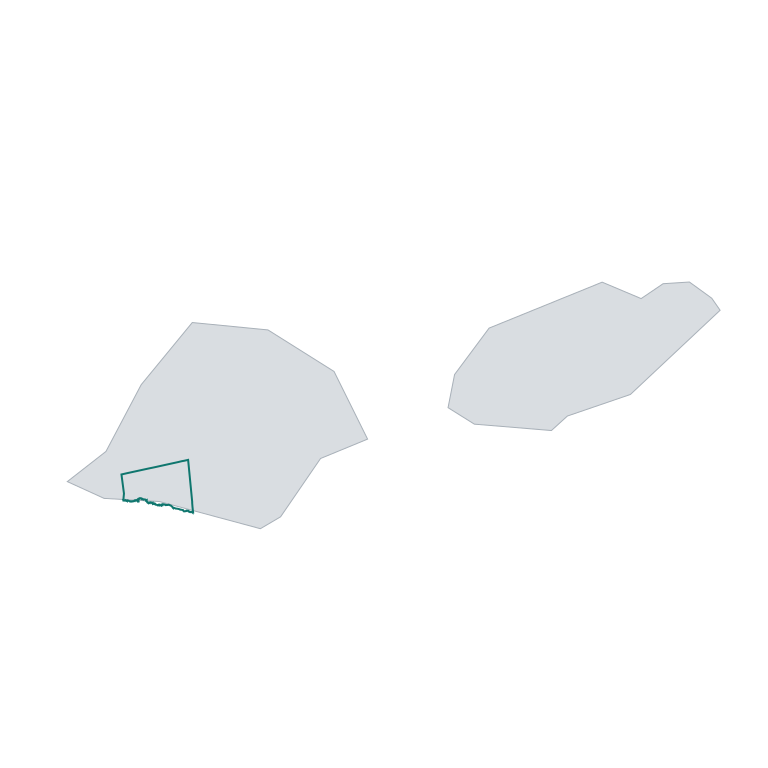 Salega, Satupa'itea, Samoa (highlighted), rotated 317°
{"feature_id": "51752279B51702151911429", "entity_name": "Salega", "entity_type": "district", "adm_level": 2, "iso_a3": "WSM", "parent_name": "Samoa", "parent_adm1": "Satupa'itea", "projection": "equal_earth", "projection_center": [-172.669, -13.632], "detail": "fine", "context": "in_parent", "style": "outline", "palette": "teal", "viewbox_px": 768, "rotation_deg": 317, "n_neighbors": 0, "source": "geoboundaries", "source_scale": "gbopen_adm2", "svg_char_len": 4692}
<svg xmlns="http://www.w3.org/2000/svg" viewBox="0 0 768 768"><g transform="rotate(317 384 384)"><path d="M285.7,208.3L336.0,265.3L356.0,340.8L334.4,413.1L286.8,395.2L217.8,410.6L194.9,405.5L139.6,316.8L101.3,276.8L85.8,239.4L134.7,243.7L206.0,218.9L285.7,208.3ZM680.1,559.3L557.1,559.7L496.3,532.5L474.7,532.2L422.7,475.0L414.7,445.0L442.1,425.2L499.0,414.8L613.0,458.3L630.3,496.9L656.5,501.0L676.9,517.7L682.2,544.8L680.1,559.3Z" fill="#d9dde1" stroke="#a8b0b8" stroke-width="1"/><path d="M130.3,271.1L119.1,286.8L114.1,291.2L113.9,291.5L114.0,291.6L114.1,291.3L114.3,291.5L114.6,291.7L114.8,292.1L114.8,292.3L115.1,292.7L115.4,292.7L115.6,292.9L115.8,293.0L115.9,293.3L115.8,293.6L115.9,293.8L116.0,293.6L116.1,293.9L116.2,294.0L116.4,293.5L116.4,293.8L116.5,293.7L116.7,293.8L116.9,294.1L117.1,294.2L117.4,294.8L117.5,295.0L117.6,295.3L117.9,295.8L118.0,296.1L118.0,296.3L118.3,296.6L118.5,296.7L118.5,296.9L118.8,297.1L118.7,297.2L118.9,297.3L119.1,297.7L119.2,297.9L119.4,298.0L119.6,298.1L120.0,298.2L120.0,298.4L120.3,298.6L120.6,298.5L120.8,298.7L120.9,299.0L121.0,299.1L121.3,299.1L121.5,299.1L121.8,299.3L121.9,299.0L122.0,299.0L122.3,299.1L122.3,299.3L122.5,299.2L122.7,299.3L122.7,299.6L122.9,299.6L123.2,299.7L123.3,300.0L123.6,300.0L123.8,300.1L123.8,300.4L123.9,300.7L124.0,300.8L124.0,301.1L123.8,301.2L123.8,301.3L124.0,301.3L123.9,301.4L123.9,301.8L124.1,301.7L124.3,301.6L124.3,302.1L124.2,302.2L124.5,302.5L124.6,302.4L124.7,302.2L124.7,301.9L124.8,301.8L124.8,301.7L124.8,301.4L125.1,300.9L125.4,300.7L125.6,300.7L125.6,300.4L126.1,300.4L126.6,300.7L126.7,300.9L126.8,300.8L127.0,300.9L127.1,301.0L127.3,300.9L127.5,301.1L127.7,301.4L127.9,301.3L128.3,301.7L128.5,302.1L128.7,302.6L128.6,302.8L128.4,303.2L128.5,303.3L128.7,303.2L128.9,303.0L129.2,303.7L129.2,304.0L129.2,304.5L129.4,304.6L129.6,304.6L129.8,304.8L130.2,305.1L130.4,305.4L130.5,305.5L130.7,306.0L130.8,306.1L130.9,306.4L130.5,306.8L130.9,307.0L130.7,307.1L130.6,307.4L130.6,307.5L130.8,307.5L130.5,307.8L130.4,307.8L130.3,308.4L130.5,308.6L130.5,308.9L130.3,309.2L130.4,309.3L130.6,309.3L130.3,309.3L130.2,309.4L130.2,309.5L130.3,309.7L130.4,309.8L130.5,310.2L130.9,310.1L131.0,310.2L130.9,310.3L131.1,310.4L131.2,310.7L131.2,310.9L131.1,311.0L131.4,311.1L131.5,310.8L131.4,310.7L131.5,310.5L131.8,310.7L132.0,310.9L131.9,311.0L132.0,311.1L132.3,311.2L132.6,311.3L132.8,311.5L132.9,311.8L132.8,312.0L133.0,312.0L133.1,312.3L133.2,312.5L133.3,312.5L133.5,312.8L133.4,313.1L133.6,313.0L134.0,313.1L133.9,313.3L133.7,313.4L133.8,313.8L133.7,314.1L133.8,314.2L133.7,314.4L133.6,314.5L133.9,314.8L134.0,314.6L134.2,314.9L133.9,315.2L134.1,315.1L134.3,315.2L134.6,315.0L134.7,314.9L134.8,314.9L134.9,315.1L134.9,315.3L134.7,315.5L134.6,315.9L134.8,316.0L134.9,316.4L134.9,316.6L135.0,316.6L135.1,316.8L135.2,317.0L135.3,317.3L135.5,317.5L135.6,317.8L135.7,318.0L135.8,318.2L135.7,318.4L135.8,318.6L136.2,318.7L136.3,318.7L136.4,318.9L136.6,318.6L136.9,318.8L136.9,318.7L137.1,318.8L137.3,318.9L137.4,319.1L137.5,319.0L137.8,319.3L137.7,319.6L137.6,319.9L137.8,320.0L137.9,320.3L138.0,320.4L138.0,320.5L138.0,320.9L138.1,321.1L138.3,320.9L138.6,321.0L138.7,320.9L138.9,320.9L139.1,320.8L139.2,321.0L139.4,320.7L139.6,320.7L139.9,320.7L140.1,320.9L140.1,321.2L140.0,321.4L140.1,321.6L140.4,321.8L140.6,321.9L140.9,321.9L140.9,322.0L141.0,322.1L141.1,322.3L141.3,322.6L141.6,322.7L141.6,322.9L141.6,323.5L141.8,323.8L142.1,323.9L142.4,324.1L142.5,324.3L143.1,324.8L143.5,325.1L143.8,325.3L144.0,325.3L144.3,325.6L144.5,326.0L144.6,326.3L144.8,326.8L145.0,327.2L145.1,327.5L145.3,328.1L145.3,328.5L145.4,328.8L145.4,329.2L145.4,329.6L145.2,330.1L145.2,330.4L145.3,330.3L145.5,330.6L145.5,330.9L145.8,331.1L145.9,331.4L146.1,331.7L146.3,332.0L146.4,332.4L146.6,332.9L146.8,333.0L147.3,333.7L147.9,334.4L148.2,334.8L148.6,335.4L148.8,335.7L149.0,336.2L149.0,336.3L149.3,336.6L149.3,336.9L149.4,337.1L149.8,337.4L150.3,338.1L150.6,338.6L150.9,339.0L151.0,339.2L150.9,339.3L150.9,339.8L150.8,340.0L150.9,340.3L150.9,340.8L151.2,340.9L151.7,341.5L152.0,341.6L152.3,341.7L152.5,341.8L152.8,341.8L152.8,342.0L153.0,342.1L153.4,342.2L153.4,342.5L153.5,342.5L153.9,342.6L154.0,342.7L154.2,343.0L154.4,343.2L154.4,343.5L154.5,343.8L154.4,344.1L154.3,344.3L154.5,344.5L154.6,344.9L154.8,344.9L154.9,345.1L154.9,345.5L155.3,345.8L155.4,346.1L155.7,346.3L155.8,346.4L156.0,346.4L156.1,346.6L156.2,346.8L156.3,346.7L156.5,347.0L156.4,347.2L156.4,347.3L156.5,347.2L156.9,347.3L157.0,347.5L159.2,344.5L160.1,343.3L162.8,339.9L163.1,339.7L189.0,305.9L185.4,303.8L183.4,302.5L180.2,300.7L169.9,294.6L159.9,288.7L157.9,287.5L154.3,285.3L147.4,281.2L135.1,273.9L130.3,271.1Z" fill="none" stroke="#0f766e" stroke-width="2"/></g></svg>